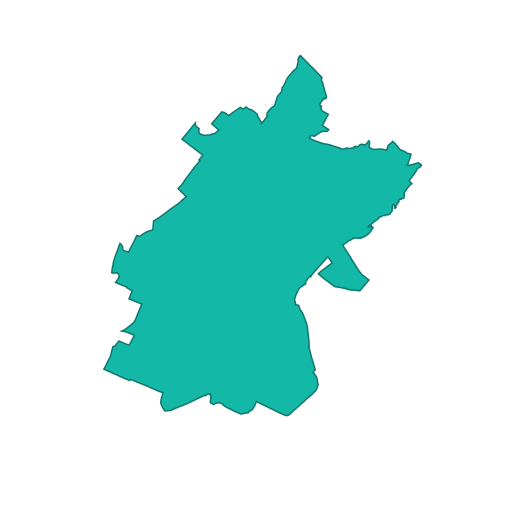 Todiresti, Vaslui, Romania (Albers equal-area conic projection), rotated 219°
{"feature_id": "2599482B7310026147144", "entity_name": "Todiresti", "entity_type": "district", "adm_level": 2, "iso_a3": "ROU", "parent_name": "Romania", "parent_adm1": "Vaslui", "projection": "albers", "projection_center": [27.385, 46.85], "detail": "fine", "context": "isolated", "style": "filled", "palette": "teal", "viewbox_px": 512, "rotation_deg": 219, "n_neighbors": 0, "source": "geoboundaries", "source_scale": "gbopen_adm2", "svg_char_len": 6120}
<svg xmlns="http://www.w3.org/2000/svg" viewBox="0 0 512 512"><g transform="rotate(219 256 256)"><path d="M347.6,439.3L347.9,438.7L348.0,438.2L347.4,436.8L347.2,435.6L346.9,434.9L346.1,434.4L345.3,433.0L342.7,427.7L342.6,427.1L343.2,425.3L343.3,424.0L343.6,422.4L343.5,421.3L343.7,416.0L343.6,414.6L343.3,412.4L342.7,410.1L342.2,408.7L342.1,407.6L341.5,405.2L341.5,403.9L341.6,403.2L339.9,400.7L339.7,399.7L339.6,397.0L339.8,394.6L339.6,393.1L339.1,391.7L338.2,389.9L338.1,389.1L337.3,387.5L336.2,384.5L337.2,380.8L337.6,377.0L337.3,374.2L336.5,372.8L335.1,370.9L335.2,368.2L334.9,365.4L334.8,365.1L335.1,364.8L335.3,363.6L335.0,362.4L335.4,362.5L335.4,362.9L335.7,363.3L337.9,363.8L339.6,364.7L341.5,365.1L342.4,365.5L343.7,366.6L344.5,366.9L349.0,367.1L351.3,366.8L353.7,365.8L355.8,365.6L357.4,365.6L357.8,364.9L358.4,362.2L359.4,361.9L361.8,361.6L362.4,359.3L364.3,353.0L365.5,347.9L366.7,347.9L370.2,347.7L370.9,347.6L373.3,346.5L373.7,330.9L364.1,330.5L365.1,325.4L367.6,322.3L367.7,321.4L368.0,320.7L369.7,319.6L370.5,318.5L372.9,316.9L376.0,315.7L377.3,315.7L378.7,316.7L379.6,317.8L380.0,318.7L380.4,319.2L384.0,319.0L385.6,319.8L386.8,321.3L386.9,317.9L386.9,309.1L387.1,300.2L360.9,300.9L360.8,294.7L359.6,294.8L359.5,294.3L359.7,286.0L359.1,271.4L358.6,265.2L358.6,263.3L359.0,259.7L359.0,259.4L358.7,259.3L347.5,258.2L348.5,253.4L349.2,248.4L351.7,239.6L353.9,230.6L355.5,224.7L357.6,218.7L354.2,213.6L352.6,211.4L355.9,206.6L357.7,201.9L359.0,197.6L361.5,197.0L361.1,195.1L359.7,189.3L358.9,185.0L357.5,178.7L361.4,177.3L363.1,177.0L363.6,177.1L364.0,177.4L365.5,179.3L368.2,180.2L369.6,180.2L369.3,178.9L367.0,172.7L365.2,167.0L363.7,163.1L362.4,160.5L361.2,158.6L360.7,157.2L357.6,152.2L355.9,152.9L355.5,153.7L354.0,154.6L354.0,155.4L353.6,155.7L350.9,155.1L349.4,154.1L349.2,152.9L348.9,152.9L348.4,147.0L336.8,150.5L336.8,150.2L336.5,150.1L333.3,150.5L330.4,151.1L327.7,142.7L314.4,146.8L313.9,144.6L309.6,130.5L309.2,128.2L309.4,125.9L309.8,123.9L311.4,116.9L312.0,115.4L313.1,113.2L309.3,115.2L300.7,117.9L299.0,110.1L298.5,106.8L303.2,105.3L309.1,103.6L308.9,102.5L309.2,99.1L308.9,97.2L309.3,96.5L310.1,95.8L310.1,95.5L308.3,91.3L306.1,87.0L305.1,82.0L303.7,76.1L303.0,72.3L281.8,77.9L275.7,79.8L275.6,81.5L270.3,82.8L258.3,86.5L246.4,89.7L243.8,90.6L242.3,91.6L240.0,85.8L238.6,83.4L237.5,81.9L236.6,81.2L235.5,80.5L229.6,78.1L225.0,82.3L221.9,88.5L216.6,98.0L208.3,115.4L207.5,115.6L207.2,115.8L207.1,116.2L207.1,117.3L206.9,118.2L206.3,118.8L205.1,119.1L204.7,119.9L204.1,119.5L201.7,117.2L200.9,116.1L200.7,115.3L199.2,113.3L198.2,113.3L196.6,113.8L195.5,113.9L194.7,115.8L193.8,117.2L192.0,119.0L191.5,119.3L190.3,119.4L189.0,120.0L187.1,119.5L182.4,120.1L178.6,121.1L175.9,121.5L168.3,123.7L166.6,125.5L165.5,127.2L163.5,129.0L163.4,129.3L163.4,131.2L163.0,131.9L162.2,134.2L162.7,138.4L164.1,143.1L137.0,149.4L132.1,150.9L130.8,152.3L130.4,153.4L130.0,155.6L129.6,158.8L127.2,172.8L126.9,175.8L125.5,182.9L124.9,187.8L124.9,188.6L125.1,190.8L126.5,194.4L126.6,194.9L132.4,199.9L138.5,201.8L138.6,203.6L138.3,204.9L148.5,211.8L157.2,218.2L157.9,218.9L157.7,219.1L162.0,223.9L172.2,233.9L175.5,236.1L180.8,239.2L184.5,241.2L188.0,242.2L190.8,243.8L191.3,244.3L192.3,244.4L194.7,242.9L195.5,244.2L196.2,244.5L196.6,245.0L197.1,245.0L197.6,245.3L198.1,245.9L198.2,246.3L198.7,246.5L199.0,247.0L199.5,248.8L200.1,249.6L200.3,250.6L200.6,251.6L200.9,252.0L200.9,252.7L201.2,253.0L201.0,253.9L201.8,256.1L201.9,258.2L201.6,260.4L200.8,262.5L200.8,263.9L200.0,264.6L199.9,265.8L200.3,266.2L200.6,266.8L201.1,267.2L201.3,267.9L201.5,268.7L201.2,269.5L201.6,271.3L201.3,273.3L200.8,273.7L200.5,274.5L201.2,274.6L201.1,275.6L200.7,275.6L200.7,279.2L199.7,300.6L192.5,298.6L196.1,283.9L196.4,281.4L189.1,281.2L175.6,281.7L169.6,285.2L161.3,289.0L157.1,292.0L154.4,293.6L153.4,294.4L153.1,308.4L161.5,308.2L166.5,309.2L170.2,310.3L175.4,312.3L178.0,313.0L182.4,314.7L195.7,319.0L194.8,321.1L194.0,324.3L193.2,326.9L192.4,328.3L191.2,331.8L187.3,334.5L185.7,335.9L183.5,340.3L182.5,344.1L182.4,346.0L182.4,348.1L182.9,348.6L182.5,350.9L182.9,351.1L183.3,351.9L183.6,352.1L187.0,349.3L187.3,349.6L187.5,350.9L187.2,351.3L185.8,352.1L185.8,352.6L186.5,353.2L185.7,357.1L184.3,362.1L184.7,363.2L184.6,363.7L183.7,365.1L182.9,367.1L182.4,367.7L181.2,368.5L181.1,369.4L178.9,371.6L178.4,372.7L178.4,373.7L178.6,375.1L178.6,376.5L178.8,377.3L179.9,378.0L180.0,379.0L180.4,379.1L182.0,381.5L182.0,382.2L181.8,382.6L181.2,382.7L180.3,382.4L178.4,380.4L177.7,381.1L177.8,381.9L178.4,381.6L178.8,381.9L179.2,388.6L180.1,388.6L180.2,389.2L180.1,390.3L179.8,391.0L178.8,391.4L178.9,391.9L179.0,392.4L177.7,393.5L177.6,393.9L177.7,394.4L178.2,395.2L179.0,396.7L180.2,398.1L180.7,398.3L180.8,401.8L181.1,403.9L180.9,408.2L180.7,409.4L180.3,410.2L184.4,411.0L184.8,421.6L185.6,425.6L184.6,427.9L184.4,430.6L185.0,430.8L188.3,430.7L188.9,430.1L191.6,426.1L194.3,422.6L195.5,421.7L195.7,421.8L196.0,423.6L196.8,425.4L197.9,428.8L199.5,432.6L199.8,432.6L202.6,431.3L203.9,430.9L205.4,430.9L211.4,429.3L214.5,430.1L219.2,431.0L222.0,431.0L221.9,430.0L222.3,427.8L222.8,426.1L222.8,424.9L221.0,420.5L226.3,417.8L229.8,414.5L232.4,412.3L236.7,411.8L239.2,415.9L240.9,416.5L240.7,414.0L241.1,411.4L241.6,410.4L243.5,409.9L244.9,408.6L245.3,407.7L245.2,405.8L246.0,404.7L247.7,404.0L248.3,402.8L247.6,402.4L250.0,399.5L251.9,397.7L252.6,397.1L253.4,397.3L253.5,396.9L254.2,395.8L256.2,393.2L258.2,392.9L265.3,390.0L267.8,389.2L271.2,387.6L272.5,386.7L274.2,385.8L277.2,384.6L284.0,382.3L285.7,381.9L285.7,381.7L289.0,381.3L288.8,382.7L289.4,383.8L288.7,384.1L287.7,385.3L286.9,385.2L286.1,385.6L284.7,389.7L284.3,391.6L283.9,392.7L281.9,395.7L279.9,396.9L279.2,397.5L279.1,399.0L278.7,399.9L278.4,400.1L286.6,399.2L288.9,411.6L296.0,410.4L297.4,411.0L299.0,412.3L299.3,413.6L301.5,413.3L302.2,415.3L302.3,418.9L302.2,420.4L302.7,421.1L302.7,421.3L301.5,421.4L301.2,421.6L300.9,422.9L300.9,423.3L301.1,423.7L302.2,424.7L306.4,427.5L311.6,431.3L312.9,432.4L315.2,433.4L316.7,434.9L316.9,434.9L317.0,436.2L330.9,437.9L330.8,437.7L347.4,439.7L347.4,439.1L347.6,439.3Z" fill="#14b8a6" stroke="#0f766e" stroke-width="1.5"/></g></svg>